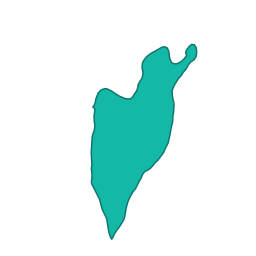 V-2 Mahaicony/Berbice, Mahaica-Berbice, Guyana, rotated 209°
{"feature_id": "73187651B73006016371738", "entity_name": "V-2 Mahaicony/Berbice", "entity_type": "district", "adm_level": 2, "iso_a3": "GUY", "parent_name": "Guyana", "parent_adm1": "Mahaica-Berbice", "projection": "robinson", "projection_center": [-57.687, 6.279], "detail": "fine", "context": "isolated", "style": "filled", "palette": "teal", "viewbox_px": 256, "rotation_deg": 209, "n_neighbors": 0, "source": "geoboundaries", "source_scale": "gbopen_adm2", "svg_char_len": 1770}
<svg xmlns="http://www.w3.org/2000/svg" viewBox="0 0 256 256"><g transform="rotate(209 128 128)"><path d="M114.2,222.1L111.8,219.5L112.4,216.1L113.1,213.3L114.4,210.6L116.2,208.1L118.7,206.5L121.4,206.3L124.5,208.3L126.4,210.6L128.1,213.1L130.4,215.6L132.8,217.1L135.6,216.7L137.7,214.8L139.9,211.1L141.7,208.1L143.6,205.3L145.1,202.3L146.3,198.9L146.9,195.4L147.0,192.3L145.3,188.2L143.5,185.8L141.7,183.6L140.5,181.0L139.9,177.7L140.2,174.4L140.1,170.9L139.0,167.7L138.4,164.6L138.9,160.7L138.9,157.8L139.7,155.1L142.4,153.2L145.0,152.3L147.9,152.0L150.7,151.7L154.0,151.8L157.7,152.1L160.5,152.4L163.9,152.2L166.4,151.8L168.5,150.0L170.3,147.6L171.0,143.9L170.5,139.8L169.9,137.0L168.8,133.9L168.6,130.7L168.9,129.5L166.0,128.5L166.0,128.3L163.5,122.0L160.7,117.4L158.3,114.3L156.6,110.4L155.7,105.3L154.8,102.4L148.1,88.4L141.8,78.4L141.7,78.4L140.5,74.9L136.6,69.5L135.7,67.5L133.6,62.6L131.5,60.8L121.6,54.1L118.0,51.6L111.0,44.2L103.9,39.3L102.6,38.2L95.1,28.6L91.5,24.9L89.1,23.2L88.4,23.0L88.2,24.7L88.5,28.9L88.2,33.6L87.6,37.2L87.3,42.0L87.2,45.3L87.7,48.3L89.2,52.7L90.6,56.6L91.5,59.7L92.3,63.4L92.7,67.1L92.8,71.8L92.6,75.9L92.0,78.7L92.2,83.2L92.3,87.4L92.3,91.2L92.8,94.1L92.2,98.2L90.2,100.8L88.5,104.6L87.6,110.1L86.3,114.1L85.5,119.9L85.0,123.9L85.5,128.8L85.5,131.9L85.8,134.8L86.7,138.1L87.5,140.8L88.5,143.8L89.4,146.5L90.6,149.9L91.5,153.6L92.8,157.0L94.4,159.9L95.9,164.1L97.9,168.2L99.1,170.9L101.3,173.6L103.2,175.6L105.5,178.7L107.2,181.2L107.9,184.3L108.2,187.6L108.1,190.9L107.9,195.2L106.9,199.7L106.8,202.9L106.0,206.7L105.7,209.6L105.9,212.8L105.0,216.4L103.4,219.6L103.0,223.1L103.9,226.0L105.8,229.3L107.5,231.5L110.5,233.0L112.9,231.9L114.0,229.0L114.6,225.0L114.2,222.1Z" fill="#14b8a6" stroke="#0f766e" stroke-width="1.5"/></g></svg>